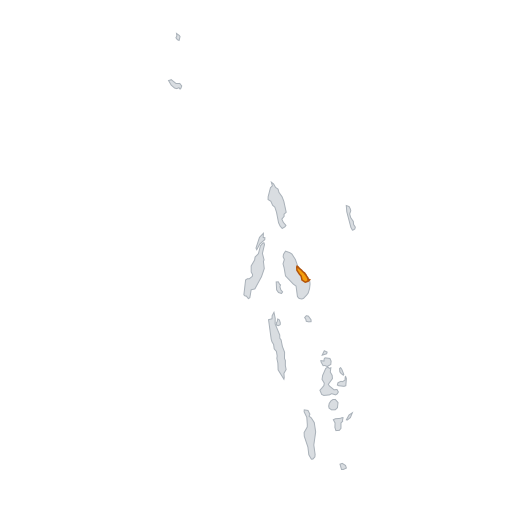 South Guadalcanal, Guadalcanal, Solomon Islands (highlighted), rotated 226°
{"feature_id": "97153195B58101898205888", "entity_name": "South Guadalcanal", "entity_type": "district", "adm_level": 2, "iso_a3": "SLB", "parent_name": "Solomon Islands", "parent_adm1": "Guadalcanal", "projection": "orthographic", "projection_center": [160.082, -9.739], "detail": "fine", "context": "in_parent", "style": "filled", "palette": "amber", "viewbox_px": 512, "rotation_deg": 226, "n_neighbors": 0, "source": "geoboundaries", "source_scale": "gbopen_adm2", "svg_char_len": 5218}
<svg xmlns="http://www.w3.org/2000/svg" viewBox="0 0 512 512"><g transform="rotate(226 256 256)"><path d="M198.0,257.6L206.5,263.9L210.1,263.3L221.2,263.4L227.8,267.9L231.6,270.0L233.8,274.0L236.5,274.9L238.1,276.9L239.0,280.6L235.0,282.6L232.5,283.2L226.1,281.9L219.9,279.0L207.7,278.7L202.0,277.8L200.0,276.8L198.2,275.3L195.3,271.8L193.1,267.8L192.7,265.4L192.5,260.8L193.2,259.1L195.5,257.5L198.0,257.6ZM236.5,220.3L246.0,231.9L245.6,234.0L244.3,235.3L243.9,239.2L245.1,240.7L247.8,241.4L252.2,245.6L254.1,252.3L255.9,254.6L256.0,259.4L260.2,266.2L260.5,269.5L260.1,270.9L258.4,270.1L253.4,262.4L247.6,259.1L247.0,257.6L241.2,253.2L237.3,245.6L233.1,232.3L235.1,229.1L230.3,222.6L230.6,220.9L234.0,221.2L234.7,220.4L236.5,220.3ZM201.8,226.1L203.0,229.8L197.8,226.5L193.9,222.6L182.7,218.2L180.3,216.0L178.3,215.8L172.5,212.1L166.9,209.7L162.5,205.3L160.4,204.5L156.9,201.1L153.4,198.8L152.2,194.6L148.9,191.8L148.0,190.5L158.7,192.8L163.7,197.3L167.9,199.9L169.4,201.8L173.2,204.4L176.6,204.6L180.1,207.2L183.2,207.9L185.7,209.2L201.5,220.8L199.7,223.9L201.8,226.1ZM273.3,301.2L278.1,303.5L280.9,303.2L285.1,304.7L288.2,303.9L290.2,305.9L295.1,313.9L295.1,316.5L298.4,318.3L295.6,318.7L291.8,317.7L288.8,318.3L285.8,316.7L280.5,315.9L276.0,314.0L266.5,308.1L266.6,305.2L265.0,303.8L264.6,300.2L261.2,299.0L257.2,298.8L256.9,297.0L257.6,294.0L260.6,294.1L264.2,295.3L273.3,301.2ZM110.5,182.4L111.8,183.8L108.8,186.1L104.8,184.9L103.9,182.9L101.1,183.3L95.7,182.2L88.0,176.7L79.9,166.3L72.1,160.6L70.6,158.8L70.4,155.8L71.4,154.7L76.3,155.9L82.5,160.6L92.8,165.5L95.6,168.0L97.4,174.1L99.2,175.9L104.7,180.5L110.5,182.4ZM121.4,217.8L123.8,221.0L126.7,228.1L126.2,230.5L124.2,230.7L123.6,232.2L120.9,228.8L117.3,227.9L114.7,225.8L113.5,218.9L111.4,218.5L105.5,219.2L103.7,221.5L101.0,220.8L100.4,218.8L100.8,216.8L104.4,214.8L105.1,212.3L108.6,207.9L110.8,207.1L115.0,208.7L115.6,214.8L117.1,216.8L121.4,217.8ZM229.6,356.0L226.9,357.3L224.5,356.6L222.7,355.6L221.2,352.6L217.9,350.8L213.3,350.0L210.9,348.1L207.8,347.5L206.8,345.9L207.1,344.2L207.6,343.3L210.6,344.1L224.7,352.0L229.6,356.0ZM79.9,205.7L79.2,206.3L77.8,204.2L76.9,203.5L76.9,201.2L73.0,197.4L72.7,194.8L74.9,192.2L77.9,193.7L81.0,196.9L84.5,197.9L83.8,200.0L80.6,203.9L79.9,205.7ZM99.3,211.7L97.7,213.4L93.6,213.2L90.3,209.2L90.3,206.2L92.8,203.5L95.8,202.9L97.5,204.0L99.1,206.3L99.7,209.2L99.3,211.7ZM134.8,234.9L131.0,238.0L128.2,237.0L126.0,234.4L127.1,230.4L129.3,229.5L130.5,228.1L134.6,229.2L135.7,230.0L133.2,231.9L134.6,233.5L134.8,234.9ZM441.9,317.5L435.6,318.3L433.1,321.0L429.9,320.7L428.8,318.4L428.8,317.3L430.6,317.5L431.5,315.2L433.4,314.1L437.8,313.7L443.0,315.0L441.8,317.1L441.9,317.5ZM267.0,271.5L267.2,277.1L264.3,274.0L263.0,275.1L261.7,273.7L262.0,267.1L260.0,260.9L261.7,261.5L267.0,271.5ZM107.1,236.3L107.1,236.8L105.0,235.8L100.3,230.5L101.1,228.8L105.3,225.3L106.7,224.9L107.9,227.0L106.8,230.1L105.5,230.9L104.9,233.8L107.1,236.3ZM214.1,246.8L217.3,247.3L223.3,252.5L221.9,254.1L219.1,253.3L218.2,253.6L217.3,251.8L214.3,250.3L211.7,250.2L211.3,248.3L214.1,246.8ZM176.4,251.9L171.9,251.3L170.5,250.0L172.1,248.1L174.1,246.8L175.9,247.9L177.9,248.2L178.1,250.7L176.4,251.9ZM46.9,174.0L43.1,174.9L40.7,173.7L41.7,170.7L43.0,169.2L47.9,171.8L46.9,174.0ZM195.6,227.9L193.7,228.4L191.0,227.0L189.8,225.7L190.4,223.6L192.0,222.9L193.8,224.2L194.0,225.6L195.6,227.9ZM471.3,353.4L468.0,354.0L466.6,353.8L464.5,350.4L466.2,349.7L468.6,350.0L469.3,352.0L471.3,353.4ZM117.0,238.0L116.9,239.3L114.7,238.9L109.8,236.9L109.6,236.0L112.4,235.6L114.4,235.8L117.0,238.0ZM77.0,212.5L76.3,216.4L74.2,211.6L74.6,207.7L75.4,207.2L77.0,212.5ZM140.4,239.3L137.5,240.4L136.6,238.9L138.7,234.7L140.4,239.3Z" fill="#d9dde1" stroke="#a8b0b8" stroke-width="1"/><path d="M201.6,278.1L202.3,277.8L202.6,277.6L202.8,277.5L203.0,277.5L203.1,277.4L203.3,277.5L203.3,277.4L203.4,277.5L203.5,277.6L203.8,277.6L204.0,277.7L204.2,277.8L204.3,277.9L204.3,278.0L204.5,278.0L204.8,278.2L205.0,278.2L205.3,278.2L205.5,278.2L205.8,278.2L205.9,278.3L206.0,278.3L206.3,278.4L206.5,278.4L206.8,278.4L206.9,278.5L207.0,278.5L207.3,278.8L207.5,278.8L207.8,278.8L207.8,278.7L208.0,278.7L208.3,278.7L208.5,278.7L208.5,278.8L208.8,278.8L208.9,279.0L209.0,279.0L209.3,279.0L209.5,279.0L209.8,279.0L210.0,279.2L210.3,279.2L210.5,279.1L210.9,279.0L210.9,278.9L211.0,278.9L211.3,278.9L211.5,278.9L211.8,278.8L212.0,278.8L212.3,278.8L212.5,278.8L212.8,278.8L213.0,278.8L213.3,278.8L213.5,278.8L213.8,278.9L214.0,278.9L214.3,278.9L214.5,278.8L214.8,278.8L215.0,278.8L215.2,278.7L215.3,278.7L215.5,278.7L215.8,278.6L216.0,278.6L216.3,278.6L216.5,278.6L216.8,278.6L217.0,278.5L217.3,278.5L217.6,278.5L217.8,278.5L218.0,278.5L218.3,278.6L218.5,278.7L218.8,278.6L219.1,278.6L219.3,278.6L219.5,278.6L219.8,278.6L220.0,278.6L220.2,278.4L220.0,278.2L219.7,277.6L217.3,275.5L215.8,275.2L212.6,274.6L212.0,274.6L210.2,274.5L206.8,272.4L203.0,273.2L202.9,273.3L202.8,273.5L202.7,273.6L202.6,273.8L202.5,274.0L202.5,274.5L202.4,274.7L202.2,274.8L202.1,275.1L202.1,275.3L201.9,275.4L201.7,275.6L201.7,275.8L201.7,276.0L201.6,276.3L201.7,276.5L201.7,276.8L201.7,277.0L201.8,277.3L201.6,277.4L201.6,277.5L201.6,277.8L201.6,278.1Z" fill="#f59e0b" stroke="#b45309" stroke-width="1.5"/></g></svg>